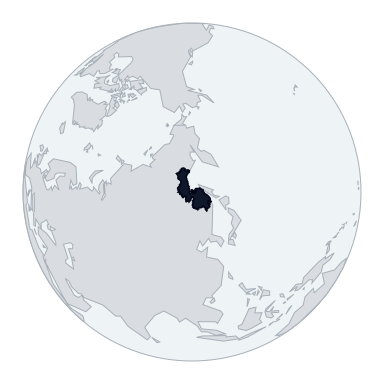 Khabarovsk on an orthographic globe, rotated 308°
{"feature_id": "RUS-2614", "entity_name": "Khabarovsk", "entity_type": "Territory", "adm_level": 1, "iso_a3": "RUS", "parent_name": "Russia", "parent_adm1": "", "projection": "orthographic", "projection_center": [136.924, 54.6], "detail": "fine", "context": "on_globe", "style": "filled", "palette": "ink", "viewbox_px": 384, "rotation_deg": 308, "n_neighbors": 0, "source": "natural_earth", "source_scale": "10m", "svg_char_len": 17261}
<svg xmlns="http://www.w3.org/2000/svg" viewBox="0 0 384 384"><g transform="rotate(308 192 192)"><circle cx="192" cy="192" r="169" fill="#eef3f6" stroke="#a8b0b8"/><path d="M302.9,315.8L302.8,316.1L302.6,316.3L302.9,315.8ZM332.0,97.4L332.8,98.7L330.7,96.4L328.3,103.7L334.3,102.7L335.4,106.4L334.2,108.8L332.4,106.0L328.3,107.2L327.8,112.0L319.4,112.8L303.4,105.7L305.1,103.2L301.1,102.1L298.8,105.2L298.2,107.6L281.2,110.2L271.8,122.7L274.1,130.5L269.4,126.1L277.4,143.9L275.7,154.5L274.4,140.2L271.7,137.1L268.9,143.0L265.6,141.1L262.3,143.0L258.6,140.3L258.1,132.5L255.7,130.7L253.9,135.1L249.0,135.4L252.1,129.2L243.8,129.2L241.5,116.8L252.7,103.7L248.2,95.8L251.3,79.9L247.8,79.7L246.7,74.0L242.3,71.7L244.1,69.8L239.0,69.7L238.2,72.0L235.7,72.8L233.0,71.8L234.8,69.0L236.5,69.1L235.6,67.7L237.7,66.8L235.1,66.7L237.7,63.6L231.2,65.1L230.0,61.4L232.7,59.8L237.6,61.9L256.0,64.5L260.3,64.0L261.5,61.0L253.0,50.7L255.6,49.6L255.5,46.7L251.7,46.1L250.5,48.3L243.4,47.0L242.7,50.2L239.8,50.2L237.1,52.9L232.0,50.5L228.5,46.7L230.5,44.4L229.0,42.8L222.7,43.5L222.1,38.2L214.2,33.2L214.6,32.2L223.5,32.5L234.8,35.9L246.3,37.4L233.3,34.5L234.6,32.6L232.5,31.6L229.2,30.8L226.5,30.8L225.8,29.9L238.4,32.2L239.3,33.0L235.3,32.2L240.6,33.9L249.1,36.0L249.1,35.2L262.0,40.1L262.1,39.7L265.0,40.7L263.9,40.9L266.2,40.7L281.3,48.7L282.6,49.4L286.7,52.1L287.3,52.6L292.0,56.1L298.0,60.9L298.7,61.3L305.7,67.8L313.8,75.6L319.6,81.3L332.0,97.4ZM339.5,210.4L338.1,208.1L339.9,207.4L339.5,210.4ZM336.6,208.2L337.2,208.7L336.6,208.6L336.6,208.2ZM335.7,209.2L336.4,208.5L335.7,209.5L335.7,209.2ZM334.6,210.8L335.1,209.8L335.1,210.0L334.6,210.8ZM332.5,212.3L331.9,212.6L332.2,211.5L332.5,212.3ZM298.5,109.0L299.1,105.5L302.4,103.5L302.3,106.6L298.5,109.0ZM291.7,113.2L291.0,110.8L295.5,111.9L294.5,112.9L291.7,113.2ZM276.5,136.8L277.6,133.5L277.7,137.3L276.5,136.8ZM262.5,143.8L263.3,145.3L261.3,145.7L262.5,143.8ZM240.0,54.2L238.6,53.5L239.8,53.3L240.0,54.2ZM240.2,56.0L242.7,56.2L243.2,57.1L241.6,56.9L240.2,56.0ZM253.7,142.0L250.3,142.2L253.7,140.6L253.7,142.0ZM237.0,55.6L243.7,58.7L244.4,60.3L239.2,61.3L237.0,55.6ZM248.2,141.4L239.9,142.4L240.8,145.9L233.4,136.8L243.0,138.8L247.1,136.2L246.2,139.4L248.2,141.4ZM239.1,73.2L239.8,70.7L241.7,73.8L239.1,73.2ZM240.9,75.0L250.2,83.9L247.7,87.3L245.1,83.5L243.9,88.9L238.2,86.1L237.5,82.6L240.3,80.9L236.0,81.1L240.9,75.0ZM230.7,131.7L228.6,130.9L230.7,130.3L230.7,131.7ZM234.8,73.4L236.9,74.8L234.9,77.8L230.4,75.6L232.5,75.3L234.8,73.4ZM246.4,91.7L244.2,93.7L238.9,91.9L237.3,92.5L237.8,86.3L246.4,91.7ZM231.6,74.1L228.1,74.4L226.6,72.1L232.6,72.3L231.6,74.1ZM236.3,79.6L235.2,80.9L234.3,79.4L236.3,79.6ZM219.3,64.5L221.9,65.9L221.0,67.5L219.3,64.5ZM226.9,74.7L227.5,75.5L227.4,76.3L224.9,76.1L226.9,74.7ZM234.0,85.6L232.3,84.6L233.6,88.1L229.6,87.1L230.7,83.2L228.6,84.4L227.4,84.2L229.6,81.4L234.0,85.6ZM222.2,78.4L222.3,73.5L217.7,70.4L218.3,68.8L225.5,74.1L222.2,78.4ZM226.4,80.4L224.0,78.8L225.9,77.5L228.8,77.8L226.4,80.4ZM226.6,87.8L232.3,90.3L231.9,91.1L226.6,87.8ZM220.5,77.8L220.6,79.0L220.0,77.7L220.5,77.8ZM224.3,85.0L226.4,85.7L225.8,86.6L224.3,85.0ZM218.9,80.9L218.9,79.3L220.9,79.4L218.9,80.9ZM221.1,83.0L219.8,84.0L221.5,80.4L222.1,83.2L221.1,83.0ZM223.4,85.7L223.8,86.4L222.6,85.2L223.4,85.7ZM211.5,81.6L213.2,77.1L217.5,77.3L215.3,81.6L211.5,81.6ZM113.4,42.4L109.2,45.7L101.6,50.5L85.3,66.1L82.4,68.8L79.2,69.4L63.0,87.1L63.7,89.3L54.1,105.2L50.9,114.8L58.8,112.9L64.1,97.1L70.0,92.1L69.9,102.8L66.1,117.5L68.3,116.0L74.9,105.2L78.4,107.4L77.7,101.5L74.8,104.8L74.3,101.3L77.0,98.2L78.1,99.0L80.5,94.5L74.5,92.3L70.9,95.4L74.5,85.5L68.8,89.8L68.2,88.1L77.6,80.2L80.0,79.6L94.0,68.5L91.8,68.1L78.5,78.7L80.7,76.0L77.6,76.1L81.7,73.9L96.9,62.9L103.0,55.5L103.2,50.1L108.4,46.3L116.1,42.1L123.5,41.4L111.2,50.0L113.7,50.4L122.6,47.3L118.1,50.3L120.2,50.3L116.2,53.8L116.9,58.2L113.7,62.0L120.1,63.4L119.3,65.7L115.8,64.1L111.7,65.3L104.6,75.7L105.1,77.6L109.8,77.8L107.2,80.8L112.7,79.7L111.6,86.2L117.5,77.5L123.2,78.0L125.9,81.9L128.8,80.7L124.4,74.3L121.7,73.3L117.7,74.8L111.3,71.1L112.4,67.7L123.1,66.0L125.8,61.1L132.9,62.4L140.4,78.0L140.4,85.1L127.6,96.2L124.0,94.3L126.9,89.2L118.6,93.7L122.0,93.4L119.9,96.1L124.8,97.6L123.6,99.6L130.4,97.8L129.4,100.5L125.1,101.6L131.5,106.6L131.1,112.6L133.1,112.8L135.4,111.3L133.4,120.1L135.0,119.9L136.3,116.9L140.3,114.6L146.6,114.1L145.6,117.2L143.2,117.7L136.5,123.8L130.2,125.2L130.4,126.4L135.6,126.0L143.8,118.5L147.9,117.4L144.5,121.2L146.0,119.7L147.7,120.2L148.4,123.5L152.4,119.5L172.6,121.1L176.0,128.1L170.7,131.1L183.7,136.5L186.5,144.7L187.7,141.8L194.8,142.9L194.0,140.3L195.1,139.0L212.8,141.4L216.2,144.5L225.1,142.9L225.7,141.6L223.8,139.1L233.4,136.8L240.8,145.9L239.0,148.5L244.9,152.7L240.0,158.3L238.7,165.0L230.0,169.2L229.7,174.4L232.1,175.5L233.4,183.7L228.1,197.4L222.1,181.5L228.0,161.4L224.7,169.0L222.4,166.0L219.4,168.0L217.3,173.7L219.0,175.1L200.0,178.6L188.9,191.6L197.1,193.1L200.0,198.7L194.6,216.3L170.8,233.9L174.4,242.8L173.2,247.4L166.7,248.5L168.4,241.7L163.9,237.5L165.8,233.7L156.0,233.6L158.4,228.2L149.6,231.1L150.5,236.5L158.3,238.3L149.7,243.5L154.8,253.8L152.9,262.8L136.1,272.6L122.7,271.4L121.4,273.6L117.3,268.3L110.0,270.0L115.9,288.0L115.0,291.6L104.1,293.1L104.2,290.4L93.5,276.5L90.0,283.8L98.1,296.3L100.8,305.7L93.9,299.2L91.3,290.5L87.6,285.4L89.7,278.7L88.6,264.8L81.8,262.2L83.4,257.7L80.9,243.1L71.7,238.6L56.3,238.1L52.5,248.1L48.0,247.9L46.8,224.3L50.2,212.0L47.3,208.5L48.1,191.4L42.3,172.0L43.7,167.7L42.2,165.1L43.1,156.0L46.1,149.5L45.7,145.3L38.2,162.8L39.0,167.5L42.7,168.7L40.2,173.5L39.6,183.3L32.3,182.1L27.4,162.5L30.7,153.9L46.3,120.1L47.9,119.1L48.2,118.9L48.6,118.4L46.2,119.1L50.1,113.4L37.8,133.0L34.0,139.3L27.3,162.5L27.0,162.2L26.0,168.8L27.2,181.4L26.4,183.7L23.5,186.8L23.2,185.0L24.2,172.5L26.1,160.0L29.0,147.7L32.7,135.7L37.4,123.9L42.9,112.6L49.2,101.7L56.4,91.3L64.3,81.4L72.9,72.2L82.1,63.6L92.0,55.8L102.5,48.7L113.4,42.4ZM58.2,136.6L58.4,146.2L64.9,138.8L65.6,142.0L67.6,138.4L65.4,138.3L71.3,129.5L73.7,132.8L77.1,130.6L77.2,127.3L71.7,122.9L63.3,135.1L60.4,134.3L58.2,136.6ZM233.9,32.5L232.9,32.3L229.8,31.3L231.8,31.6L233.9,32.5ZM212.8,29.0L212.1,27.7L214.0,28.7L216.6,28.6L223.9,30.8L215.2,31.9L217.9,30.9L212.8,29.0ZM231.1,34.4L227.5,32.6L231.8,34.5L231.1,34.4ZM135.9,47.6L132.5,48.8L131.0,47.8L135.0,43.7L137.2,45.2L135.9,47.6ZM128.0,50.9L137.5,50.8L135.4,53.6L134.9,52.0L132.6,53.8L131.3,51.8L120.0,54.9L117.9,54.2L126.4,46.7L124.8,49.4L128.2,47.9L128.0,50.9ZM165.5,48.3L169.6,49.0L159.7,54.0L157.0,52.8L160.8,48.4L166.3,47.4L165.5,48.3ZM226.5,56.9L228.7,57.4L228.2,58.1L225.9,58.3L226.5,56.9ZM220.6,65.0L216.3,55.8L218.6,55.8L213.4,50.8L217.4,48.9L220.7,52.1L219.8,47.1L224.4,49.3L223.2,46.0L230.0,53.4L234.1,55.5L228.0,53.9L224.2,55.5L223.8,56.8L225.6,62.1L232.5,67.5L229.8,70.2L226.1,70.7L224.0,69.8L226.4,68.3L221.9,68.2L223.8,65.3L220.6,65.0ZM183.9,78.8L187.6,76.7L178.9,77.4L180.7,73.9L179.6,74.2L178.9,71.3L176.2,68.4L177.7,67.1L176.0,66.6L175.5,64.8L173.6,63.6L175.8,61.0L173.7,59.4L175.9,59.0L171.7,57.2L175.8,57.4L175.6,55.3L171.7,56.2L188.0,45.9L191.7,41.8L192.4,38.5L199.4,39.7L203.2,43.8L204.4,49.3L199.9,53.2L203.8,53.3L202.9,55.2L200.1,54.4L203.7,56.8L202.2,58.2L203.3,64.0L209.5,67.0L210.0,69.4L206.8,68.9L209.6,71.6L204.0,72.4L204.2,74.1L198.9,76.8L192.6,75.2L193.4,77.3L189.4,79.6L183.9,78.8ZM209.8,82.2L201.9,80.7L199.0,78.2L209.4,74.6L210.0,72.9L216.6,70.9L220.6,74.6L218.4,74.8L217.1,76.0L216.3,74.3L216.0,76.5L212.9,76.9L211.8,78.7L209.5,77.7L209.8,82.2ZM82.3,70.4L80.6,72.3L78.7,75.1L76.8,75.3L82.3,70.4ZM92.5,62.7L91.4,64.1L87.7,65.5L89.5,63.7L92.5,62.7ZM94.0,63.9L91.7,64.1L94.0,62.9L94.0,63.9ZM115.1,65.5L114.4,67.2L113.1,67.5L112.1,66.7L115.1,65.5ZM158.5,81.1L161.1,80.0L161.6,80.7L167.6,81.0L166.7,83.7L162.8,84.6L158.5,81.1ZM57.9,111.0L57.0,109.1L58.3,107.2L58.3,108.2L57.9,111.0ZM65.9,90.8L62.6,95.9L65.4,90.8L65.9,90.8ZM158.6,84.1L161.1,83.8L159.1,85.4L158.6,84.1ZM166.4,85.8L164.5,87.7L167.3,84.1L166.4,85.8ZM140.6,337.4L145.7,339.2L145.6,339.5L140.6,337.4ZM135.3,334.5L141.0,336.4L134.4,335.0L135.3,334.5ZM143.2,337.1L149.0,338.0L151.5,338.1L151.1,338.7L143.2,337.1ZM131.5,333.3L111.7,325.0L104.2,320.2L105.8,319.6L118.0,325.8L131.5,333.3ZM105.2,319.3L93.9,308.7L80.3,285.1L85.1,289.0L99.8,307.2L98.8,308.1L105.6,315.3L105.2,319.3ZM133.2,323.6L132.2,327.3L121.1,322.7L116.2,319.9L112.8,312.9L114.7,310.9L118.6,312.8L135.2,308.8L140.7,313.4L135.4,316.0L140.0,321.5L133.2,323.6ZM52.7,249.7L54.0,258.9L51.7,257.3L52.7,249.7ZM142.8,303.4L135.5,306.0L142.4,301.5L142.8,303.4ZM147.4,298.2L147.4,300.9L145.1,297.6L147.4,298.2ZM120.4,277.3L116.1,276.0L116.4,273.9L122.1,274.5L120.4,277.3ZM151.4,270.2L149.7,276.3L148.3,278.0L147.2,273.7L151.4,270.2ZM154.5,108.8L147.2,105.2L141.4,104.9L137.2,108.0L140.0,102.3L149.0,102.8L154.5,108.8ZM170.5,119.2L174.2,116.7L174.7,119.0L173.9,119.9L170.5,119.2ZM171.2,116.8L171.7,111.6L175.1,111.1L174.1,115.3L171.2,116.8ZM164.8,97.2L162.7,95.9L164.4,94.6L164.8,97.2ZM140.1,352.8L140.5,352.9L131.3,348.4L133.6,349.3L130.5,346.4L148.0,349.6L160.1,347.0L171.3,349.3L178.8,345.6L190.8,346.9L187.9,350.3L201.2,352.8L208.2,344.8L218.3,352.3L229.3,353.0L234.7,354.5L226.3,357.4L211.5,359.8L196.6,360.9L195.1,360.9L191.8,361.0L194.2,360.8L189.7,360.9L185.4,360.6L177.9,360.0L154.2,356.7L140.1,352.8ZM264.3,340.8L266.6,340.0L270.7,339.2L267.0,340.6L264.3,340.8ZM297.2,320.8L298.7,320.3L296.2,322.1L297.2,320.8ZM302.6,316.3L299.6,318.6L302.9,315.8L302.6,316.3ZM274.0,333.2L275.3,333.0L274.4,333.6L274.0,333.2ZM273.0,333.4L274.1,332.3L274.2,332.9L273.0,333.4ZM261.5,333.2L262.7,332.3L263.4,332.5L261.5,333.2ZM153.3,341.2L160.2,340.1L164.2,340.6L153.3,341.2ZM259.5,332.8L256.3,333.6L256.6,333.1L259.5,332.8ZM259.5,331.6L259.1,331.0L261.3,332.0L259.5,331.6ZM253.2,331.6L257.3,331.9L252.8,331.9L253.2,331.6ZM251.0,332.4L248.2,332.4L248.4,332.1L251.0,332.4ZM221.3,338.1L231.5,341.5L223.7,342.3L214.8,340.2L208.6,343.1L194.0,342.6L197.1,341.0L194.9,338.3L180.4,336.1L177.5,333.9L182.5,333.2L173.2,330.4L183.3,330.9L187.7,335.2L193.5,332.6L204.0,333.7L214.5,334.8L223.3,336.9L221.3,338.1ZM183.8,339.2L185.6,339.4L184.1,340.3L183.8,339.2ZM242.9,331.5L246.9,332.4L246.5,333.0L244.5,333.1L242.9,331.5ZM225.2,336.1L234.5,332.0L236.8,331.8L230.7,336.0L225.2,336.1ZM232.1,330.3L236.6,330.2L239.0,331.5L238.1,332.1L232.1,330.3ZM162.9,332.8L162.6,333.8L160.0,332.4L162.9,332.8ZM166.2,332.8L174.1,335.2L165.5,333.6L166.2,332.8ZM143.3,323.5L145.5,326.8L152.3,326.9L147.1,327.9L152.0,333.3L150.5,334.4L145.6,328.8L144.3,332.9L141.3,331.9L139.4,327.5L142.3,323.4L145.3,322.1L157.8,324.4L143.3,323.5ZM166.1,329.6L164.0,326.1L165.6,324.2L167.8,326.3L166.1,329.6ZM158.4,316.8L153.5,311.4L148.6,311.7L158.8,308.4L161.8,314.2L158.4,316.8ZM154.8,306.6L150.2,306.9L155.2,304.6L154.8,306.6ZM149.2,305.1L149.1,302.0L152.5,303.4L149.2,305.1ZM157.1,307.3L158.6,302.4L160.0,305.9L157.1,307.3ZM148.6,294.6L155.3,301.8L146.0,296.9L147.3,286.3L151.4,287.3L148.6,294.6ZM182.3,254.7L182.2,251.0L186.4,250.9L185.3,253.5L182.3,254.7ZM200.0,248.1L187.5,249.7L177.5,251.1L179.9,253.4L176.3,258.9L173.5,252.4L181.7,247.2L189.0,247.2L191.5,242.2L197.8,239.6L198.6,232.8L201.8,230.3L203.3,236.5L200.0,248.1ZM198.7,230.0L202.4,218.2L209.6,220.9L210.4,224.1L205.7,228.3L202.2,226.6L198.7,230.0ZM205.4,216.2L202.0,214.6L200.4,195.5L201.8,192.3L206.9,207.7L204.0,207.1L203.1,211.4L205.4,216.2ZM228.5,132.7L228.6,131.1L229.9,132.6L228.5,132.7ZM194.5,137.6L196.2,136.1L197.7,137.8L194.5,137.6ZM201.8,133.1L198.9,132.2L202.4,131.8L201.8,133.1ZM192.4,130.5L198.0,131.2L192.0,132.4L192.4,130.5Z" fill="#d9dde1" stroke="#a8b0b8" stroke-width="1"/><path d="M187.7,210.6L187.0,210.2L187.7,210.3L188.1,210.1L188.2,209.6L187.4,209.6L187.1,209.2L186.8,209.4L186.2,209.4L185.9,209.1L185.0,208.8L184.8,207.8L184.1,207.6L184.0,207.2L183.3,207.3L183.3,207.1L182.8,206.8L182.6,207.1L182.5,207.5L182.2,207.2L181.5,207.5L181.4,207.4L181.6,206.8L181.7,206.3L181.4,206.0L181.7,205.9L181.7,205.4L181.3,205.2L181.4,204.9L181.7,204.7L181.4,204.1L181.2,204.1L181.1,203.8L180.7,203.9L180.7,203.7L180.9,203.4L180.8,203.1L180.5,203.1L180.4,203.3L180.3,203.1L180.7,202.5L180.6,202.1L180.9,202.1L181.2,201.4L181.4,201.4L181.7,201.1L182.0,201.2L181.9,200.2L183.5,200.0L183.8,199.8L183.8,199.5L184.0,199.6L184.2,199.2L184.6,198.9L185.2,199.0L185.7,198.8L185.4,198.2L185.5,198.0L185.4,197.6L185.5,197.5L186.5,198.0L187.9,198.3L187.9,198.0L188.2,197.7L188.1,197.4L187.9,197.2L188.0,197.0L188.0,196.8L188.4,196.4L188.4,196.1L188.5,195.9L188.3,195.7L188.5,195.4L187.9,194.8L187.7,194.9L187.6,195.1L186.9,195.3L186.1,195.0L185.5,195.3L185.4,195.7L183.5,195.8L183.3,196.0L183.1,196.0L183.1,195.7L182.3,195.7L182.5,195.4L182.4,194.1L181.9,193.9L181.6,194.0L180.7,193.5L180.9,192.9L181.4,192.5L182.0,192.4L182.3,191.8L182.2,191.6L183.6,190.8L183.6,190.6L183.8,190.4L184.3,190.4L184.3,190.0L184.7,190.0L184.9,189.8L184.9,189.5L185.3,189.5L185.0,189.4L184.8,189.1L184.7,188.6L183.5,188.7L182.3,188.6L182.0,188.4L182.0,187.7L182.2,187.1L182.5,186.9L182.6,186.3L182.9,186.0L183.0,186.3L183.2,185.9L183.4,186.1L183.5,186.2L183.4,186.0L183.5,185.6L183.7,185.4L183.7,185.1L183.2,184.5L183.3,184.4L183.0,184.1L182.8,184.2L182.7,183.9L183.0,183.7L183.4,183.9L183.5,183.7L183.5,183.3L183.8,183.1L183.7,183.0L184.2,182.9L184.3,182.7L183.9,182.1L184.0,181.9L183.7,181.7L183.8,181.5L183.5,181.2L183.9,181.2L184.4,181.7L184.5,181.6L184.4,181.4L184.4,181.1L184.7,181.0L184.7,180.7L184.6,180.3L185.1,180.3L185.0,180.2L185.3,179.9L185.3,179.5L185.4,179.2L185.7,179.2L185.9,178.9L185.8,178.6L186.7,178.1L187.7,178.2L188.4,178.5L188.7,178.4L188.9,178.6L189.4,178.7L189.7,177.9L190.3,177.5L190.7,177.8L191.8,178.0L192.8,177.4L192.8,177.2L193.0,176.9L193.6,176.7L193.7,177.0L194.0,176.9L193.9,176.6L194.0,176.2L193.9,175.4L194.0,174.9L193.9,174.6L194.2,174.1L193.8,173.5L193.8,173.3L194.0,173.1L193.9,172.8L194.5,172.6L194.4,172.3L194.6,172.1L194.8,172.2L195.1,171.8L195.7,171.7L195.8,171.2L196.2,170.6L196.3,170.2L196.6,170.0L196.7,169.0L197.1,168.9L197.1,168.4L197.6,168.7L197.7,168.9L198.0,168.8L198.4,169.5L198.6,169.8L198.8,169.7L198.8,169.9L199.2,169.7L199.4,170.0L199.6,170.1L199.6,170.3L200.0,170.0L200.4,170.2L200.5,169.6L200.9,169.8L201.2,169.7L201.2,170.0L201.3,170.2L201.7,169.8L201.8,170.5L202.2,170.5L202.6,170.1L202.6,169.7L203.0,169.4L203.4,169.7L203.8,169.7L204.1,169.3L204.8,169.7L205.5,170.4L205.6,171.0L205.8,171.0L205.7,171.3L205.9,171.6L205.9,171.9L205.8,172.0L206.0,172.2L205.9,172.3L205.6,172.4L205.7,173.0L205.1,173.1L204.4,174.0L204.6,174.2L204.6,174.4L204.9,174.7L205.8,174.4L205.9,174.8L206.3,174.8L206.3,175.1L206.5,175.4L206.8,175.2L207.0,175.3L207.1,175.7L207.0,175.9L207.2,176.0L207.2,176.7L206.9,176.9L206.2,176.7L206.0,176.9L206.2,177.5L205.7,177.7L205.4,177.5L205.5,176.9L205.3,177.0L205.1,176.9L204.1,177.3L202.4,177.3L201.9,177.6L201.4,177.5L200.1,178.4L199.7,178.8L199.1,179.9L197.9,181.0L197.6,182.3L196.9,182.7L196.5,183.4L196.3,183.5L196.0,184.0L195.6,184.1L195.2,184.5L195.1,184.8L194.7,185.0L194.7,185.5L194.6,185.3L194.2,186.0L194.0,186.4L194.2,186.5L193.9,186.6L193.6,186.8L193.3,187.5L192.9,187.7L192.8,188.0L192.6,188.0L191.7,188.9L191.2,189.2L190.7,189.9L189.5,190.6L189.0,191.2L189.1,191.7L189.8,191.8L190.0,192.1L191.3,192.0L191.6,191.7L191.6,192.0L191.8,191.9L191.9,192.0L191.9,192.5L191.7,192.5L191.8,192.8L191.7,192.9L191.8,193.3L191.5,194.0L191.6,194.3L192.1,194.2L192.3,194.3L192.5,194.2L192.6,193.7L192.4,193.6L192.2,193.3L192.8,192.9L193.4,192.8L193.0,193.5L192.9,193.3L192.7,193.4L192.7,193.6L193.2,193.9L193.6,193.9L193.2,194.3L193.0,194.7L192.5,194.9L192.7,195.2L193.7,195.0L194.1,194.7L194.4,194.5L194.5,194.0L194.9,193.7L194.9,194.2L194.3,195.2L194.7,195.2L195.0,194.5L195.2,193.7L195.2,193.4L195.0,193.5L195.1,193.0L195.0,192.9L196.1,193.1L196.9,192.8L197.0,193.0L197.7,193.5L197.9,193.7L197.8,194.0L198.4,194.7L199.3,195.1L199.1,195.1L199.9,195.6L199.8,195.8L200.0,196.0L199.9,196.3L199.5,196.3L199.6,196.5L199.0,196.2L198.7,196.2L199.1,196.4L199.4,196.8L199.7,196.9L199.6,197.1L199.8,197.5L199.6,198.2L200.4,198.9L200.0,199.1L199.9,199.4L200.2,199.6L199.8,199.9L199.6,200.4L199.3,200.6L199.3,200.9L199.1,201.1L199.3,201.1L199.3,201.3L198.9,201.5L199.0,202.3L198.7,202.8L198.6,203.3L198.7,203.6L198.6,203.8L198.8,204.4L198.8,204.9L199.1,205.1L198.6,205.8L198.9,206.0L199.0,206.6L198.7,207.5L198.6,208.0L198.4,208.3L198.7,208.3L198.4,209.0L198.4,209.9L196.6,212.0L196.2,213.1L195.9,212.9L195.2,212.9L195.4,212.5L195.2,212.4L195.8,212.0L195.8,211.8L195.3,211.3L195.4,211.0L195.5,211.0L195.5,210.8L195.2,210.8L195.1,210.2L194.7,210.1L193.9,210.8L193.0,210.8L192.8,211.2L193.3,211.7L193.0,212.1L194.2,212.4L194.1,212.6L194.3,212.6L194.3,212.8L193.1,213.8L192.3,213.5L192.1,213.9L192.1,214.3L191.4,215.0L190.7,215.0L190.3,214.8L190.0,214.9L189.6,214.6L188.9,214.6L189.0,214.2L188.8,213.9L188.3,213.7L188.1,214.0L187.8,213.8L187.5,214.0L187.2,214.4L186.9,215.2L186.1,215.3L186.3,214.3L186.6,213.9L186.5,213.5L186.5,213.3L187.3,212.9L187.7,212.2L187.3,211.3L187.7,210.6ZM193.6,190.8L194.2,190.7L193.8,191.0L193.8,191.4L193.4,191.9L193.0,191.2L192.5,191.5L193.1,190.2L193.7,190.4L193.8,190.5L193.6,190.8ZM192.4,190.5L192.3,191.0L191.6,191.1L191.8,190.8L192.4,190.5ZM193.4,192.7L193.7,192.3L193.5,192.6L193.4,192.7ZM193.2,192.1L193.2,192.6L193.1,192.2L193.2,192.1ZM196.0,192.0L196.0,191.9L196.0,192.0Z" fill="#0f172a" stroke="#020617" stroke-width="1.5"/></g></svg>